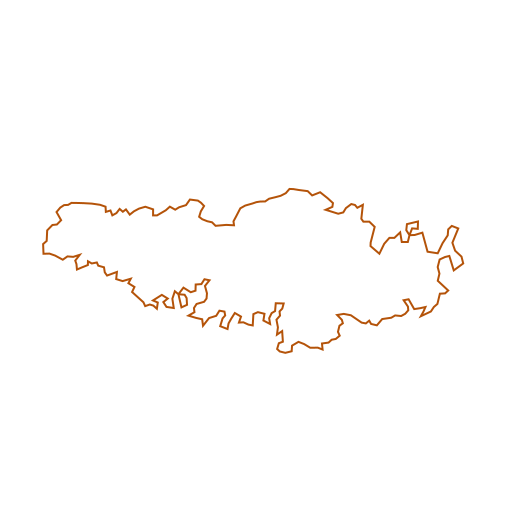 Victor Graeff, Rio Grande do Sul, Brazil, rotated 251°
{"feature_id": "56859067B40903979142866", "entity_name": "Victor Graeff", "entity_type": "district", "adm_level": 2, "iso_a3": "BRA", "parent_name": "Brazil", "parent_adm1": "Rio Grande do Sul", "projection": "mercator", "projection_center": [-52.689, -28.548], "detail": "fine", "context": "isolated", "style": "outline", "palette": "amber", "viewbox_px": 512, "rotation_deg": 251, "n_neighbors": 0, "source": "geoboundaries", "source_scale": "gbopen_adm2", "svg_char_len": 3322}
<svg xmlns="http://www.w3.org/2000/svg" viewBox="0 0 512 512"><g transform="rotate(251 256 256)"><path d="M321.8,66.2L315.4,72.1L317.0,77.6L314.7,82.9L314.5,89.7L310.5,83.6L306.8,83.6L301.5,82.3L301.9,87.8L302.2,94.1L305.7,95.4L302.4,98.3L301.7,103.4L298.2,103.7L294.8,108.6L289.8,107.7L286.0,108.8L286.2,119.3L279.7,116.3L275.7,121.7L275.3,130.2L271.8,126.5L266.3,131.0L262.3,127.1L248.9,134.5L244.7,134.9L244.7,139.8L242.5,142.8L238.4,145.1L244.0,148.0L247.5,144.1L249.9,154.3L244.5,158.7L242.6,153.4L237.0,154.8L233.6,161.3L242.8,163.0L249.1,167.8L245.1,170.2L249.7,177.1L243.0,182.5L242.9,187.5L248.7,189.7L247.2,195.2L250.8,199.7L248.2,204.1L244.3,198.0L236.7,197.5L231.9,195.4L229.6,192.0L230.0,184.2L227.0,180.4L222.9,179.5L221.6,172.7L216.9,179.3L213.7,184.5L207.3,183.2L212.6,191.4L212.4,198.9L216.2,203.6L213.7,208.1L209.8,207.5L207.9,204.1L201.3,199.3L196.2,205.3L201.2,208.1L204.9,212.3L209.0,217.4L203.6,222.1L198.6,218.2L197.4,222.5L193.6,226.5L191.4,230.3L201.9,234.6L202.3,239.5L198.6,245.2L192.6,242.0L187.1,247.2L192.9,248.2L196.9,252.2L197.7,256.1L204.9,259.3L202.1,266.7L197.7,263.7L195.9,260.2L191.8,259.3L189.1,254.6L181.4,253.5L174.8,250.2L176.5,256.3L166.2,253.5L166.1,249.2L161.2,245.7L158.0,247.4L154.9,252.2L154.3,258.7L159.5,260.9L161.0,268.2L157.1,272.8L151.6,277.4L149.2,284.6L145.9,288.5L151.8,289.9L150.5,296.4L152.2,300.3L151.6,304.4L153.4,309.2L157.6,308.8L162.9,312.2L164.1,316.2L167.7,316.4L173.8,313.5L172.7,320.1L169.1,326.4L158.6,334.2L156.5,337.9L158.0,342.0L154.3,342.7L151.1,347.7L155.3,354.8L153.6,363.8L154.5,368.2L152.0,373.7L152.8,378.3L155.1,382.3L158.7,383.2L166.1,381.2L165.4,386.2L154.3,388.3L153.2,394.3L152.6,399.6L149.0,396.3L145.4,392.3L146.6,403.3L149.9,407.6L151.6,411.9L160.5,417.6L159.1,422.6L160.8,426.5L173.4,419.8L179.6,423.7L186.4,424.2L192.9,428.5L193.5,434.4L193.1,438.8L178.0,438.3L181.5,449.5L188.5,450.1L196.2,446.0L204.6,446.0L216.2,456.2L220.7,450.9L218.6,446.4L213.1,444.0L207.4,436.6L199.4,428.7L204.2,419.6L223.9,420.9L224.2,412.9L225.7,407.9L219.8,404.1L221.8,398.4L231.4,400.0L228.1,392.8L229.7,388.0L225.8,381.2L218.0,373.4L228.1,367.5L231.4,368.8L244.9,377.7L251.6,374.3L253.5,368.7L256.9,367.7L269.6,373.7L268.6,367.5L272.0,366.2L274.1,363.0L272.0,356.6L268.8,352.7L269.2,347.5L277.0,336.9L277.6,344.2L281.0,346.0L287.4,342.5L295.4,337.4L295.0,328.8L300.5,326.0L304.4,318.1L307.1,313.1L308.5,309.5L305.7,304.6L304.9,298.9L305.3,293.3L305.9,287.0L304.6,282.4L306.1,277.8L306.8,273.9L306.8,269.8L307.2,262.2L306.2,256.7L300.0,250.2L296.1,246.0L292.2,245.2L295.1,238.0L297.7,227.6L302.2,225.4L304.7,221.3L308.3,217.1L311.6,215.0L316.2,218.4L320.2,223.2L324.3,221.3L327.3,219.1L330.9,211.9L326.9,206.4L327.1,199.2L326.1,194.7L330.7,190.6L328.6,185.6L326.6,175.6L327.9,171.9L333.6,173.9L338.6,167.4L338.9,160.8L338.0,155.2L336.2,150.1L342.4,148.2L341.2,144.5L344.9,142.4L342.0,138.0L341.2,133.4L346.4,133.2L346.6,128.4L351.6,129.8L355.2,125.2L359.0,117.8L362.1,110.2L364.0,105.2L366.3,98.8L365.5,95.0L366.6,91.1L365.5,86.7L362.5,81.7L353.3,83.4L350.6,78.0L351.6,73.6L348.2,66.9L338.4,63.0L336.6,58.6L327.3,55.8L325.5,61.5L321.8,66.2ZM225.7,407.9L231.3,412.6L229.0,417.8L235.9,420.4L237.0,409.1L231.5,406.5L225.7,407.9ZM245.1,170.2L231.7,168.8L232.3,174.9L238.8,176.7L242.6,175.9L245.1,170.2Z" fill="none" stroke="#b45309" stroke-width="2"/></g></svg>